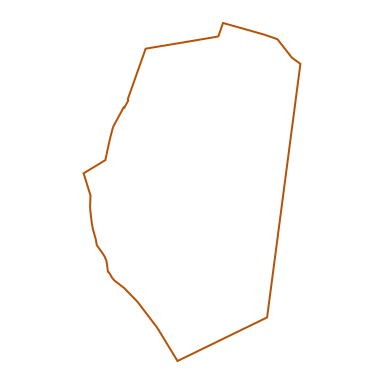 the district of San Francisco Nuxaño, Oaxaca, Mexico
{"feature_id": "50627088B26154437213444", "entity_name": "San Francisco Nuxaño", "entity_type": "district", "adm_level": 2, "iso_a3": "MEX", "parent_name": "Mexico", "parent_adm1": "Oaxaca", "projection": "equal_earth", "projection_center": [-97.347, 17.362], "detail": "fine", "context": "isolated", "style": "outline", "palette": "amber", "viewbox_px": 384, "rotation_deg": 0, "n_neighbors": 0, "source": "geoboundaries", "source_scale": "gbopen_adm2", "svg_char_len": 739}
<svg xmlns="http://www.w3.org/2000/svg" viewBox="0 0 384 384"><path d="M277.4,39.2L264.5,34.7L223.0,23.0L218.4,36.3L216.1,36.9L157.5,46.7L145.6,48.7L144.4,52.2L144.1,53.1L133.2,83.9L127.8,99.1L128.0,99.8L128.3,100.4L127.2,102.5L124.6,107.2L124.3,107.8L123.6,107.5L113.9,125.4L113.8,125.5L112.9,127.8L111.8,131.6L110.3,137.6L108.8,143.9L106.3,155.7L105.4,160.1L83.6,173.3L90.5,195.4L90.1,206.4L90.3,210.4L91.7,222.5L92.8,228.7L94.5,234.8L95.8,239.4L96.8,245.2L102.4,253.0L104.7,256.7L106.4,260.7L107.3,266.5L107.6,269.5L108.1,271.9L108.9,272.3L112.1,277.8L114.5,280.6L117.5,282.9L124.1,288.0L137.5,301.8L157.2,327.7L177.5,361.0L267.1,317.4L279.3,224.6L300.4,63.9L291.9,57.7L277.4,39.2Z" fill="none" stroke="#b45309" stroke-width="2"/></svg>